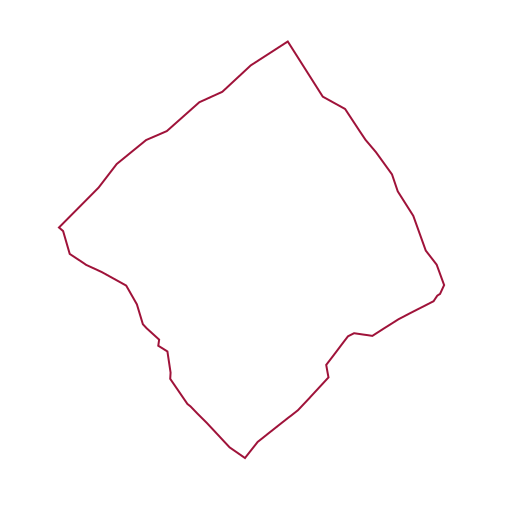 the district of Xanbogd, Ömnögovi, Mongolia, rotated 329°
{"feature_id": "93677404B95802719700643", "entity_name": "Xanbogd", "entity_type": "district", "adm_level": 2, "iso_a3": "MNG", "parent_name": "Mongolia", "parent_adm1": "Ömnögovi", "projection": "orthographic", "projection_center": [107.26, 42.897], "detail": "fine", "context": "isolated", "style": "outline", "palette": "rose", "viewbox_px": 512, "rotation_deg": 329, "n_neighbors": 0, "source": "geoboundaries", "source_scale": "gbopen_adm2", "svg_char_len": 1192}
<svg xmlns="http://www.w3.org/2000/svg" viewBox="0 0 512 512"><g transform="rotate(329 256 256)"><path d="M142.5,423.5L143.5,423.1L152.2,419.8L155.4,418.6L161.7,416.2L163.4,416.0L175.6,414.4L188.1,412.8L200.7,411.2L203.9,410.9L207.0,410.5L212.5,409.8L229.3,405.1L230.4,404.7L230.5,404.7L243.6,400.9L250.1,399.0L255.6,397.4L257.5,392.3L260.1,385.5L272.3,380.7L273.2,380.3L273.8,380.1L283.4,376.2L286.9,374.8L293.5,372.2L300.2,372.7L300.3,372.7L307.5,378.6L311.0,381.4L312.9,383.0L314.6,384.4L327.5,384.0L336.9,383.8L345.4,383.6L345.6,383.6L357.4,384.3L366.2,384.9L378.8,385.8L385.0,386.2L386.6,385.4L390.9,383.4L392.1,383.3L394.2,383.3L402.3,377.8L402.3,377.7L406.4,356.5L404.3,338.8L411.5,302.6L410.8,273.6L414.6,256.1L412.3,228.8L409.7,212.9L409.2,202.9L408.1,175.9L395.3,153.8L393.7,88.5L393.1,88.5L349.7,89.9L311.7,97.9L286.6,95.0L243.9,103.0L221.6,100.0L184.0,105.4L156.3,116.3L101.8,130.1L103.5,135.3L97.4,158.3L104.9,174.0L105.8,176.1L115.5,190.3L129.5,214.5L129.0,236.1L123.9,256.2L125.0,261.5L129.9,277.8L126.0,282.6L130.9,292.2L122.7,312.0L119.2,317.1L121.0,347.5L122.4,351.2L124.6,360.8L127.9,373.9L134.8,406.4L142.5,423.5Z" fill="none" stroke="#9f1239" stroke-width="2"/></g></svg>